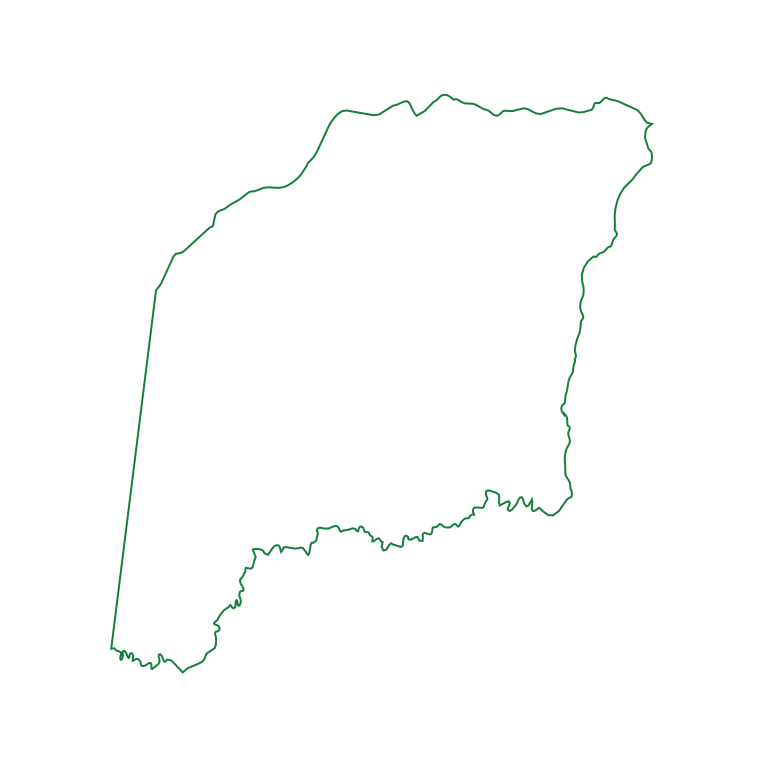 SVG path tracing the border of Vichada, rotated 7°
{"feature_id": "COL-1427", "entity_name": "Vichada", "entity_type": "Commissiary", "adm_level": 1, "iso_a3": "COL", "parent_name": "Colombia", "parent_adm1": "", "projection": "equal_earth", "projection_center": [-69.078, 4.548], "detail": "fine", "context": "isolated", "style": "outline", "palette": "green", "viewbox_px": 768, "rotation_deg": 7, "n_neighbors": 0, "source": "natural_earth", "source_scale": "10m", "svg_char_len": 6114}
<svg xmlns="http://www.w3.org/2000/svg" viewBox="0 0 768 768"><g transform="rotate(7 384 384)"><path d="M618.3,93.2L614.9,96.6L613.5,98.7L612.9,101.1L613.0,107.9L617.8,118.1L621.2,121.3L622.2,124.8L622.5,128.9L622.0,131.9L620.4,133.7L615.6,136.3L613.8,137.9L607.6,147.0L606.4,149.8L598.6,159.6L595.5,166.0L593.4,173.0L592.4,180.5L592.4,188.6L593.9,199.0L594.1,202.4L597.0,206.6L596.6,208.8L594.1,212.6L592.7,219.0L592.0,220.0L590.4,220.5L589.0,221.9L586.6,225.4L585.5,226.4L581.6,228.4L579.0,232.0L578.4,232.2L576.9,231.9L576.3,232.0L571.4,237.4L568.2,244.4L567.0,251.8L568.3,258.6L569.5,261.4L570.3,264.0L570.8,267.1L571.0,271.3L570.7,272.8L569.5,277.0L569.2,279.1L569.3,283.0L570.0,286.4L570.8,288.1L573.2,291.8L573.7,293.0L573.4,294.9L572.2,297.0L571.9,297.9L572.1,305.7L571.9,309.1L570.2,315.9L569.3,322.7L569.2,326.8L569.5,328.0L571.0,332.3L571.0,334.4L570.3,336.6L571.0,338.3L570.1,341.6L569.8,349.4L568.8,352.2L567.5,355.0L566.8,358.8L566.4,368.6L565.6,373.3L565.8,378.9L565.6,380.6L564.9,382.1L564.0,382.9L563.2,384.1L563.0,386.5L563.4,388.5L564.3,390.2L565.4,391.5L566.6,392.7L566.6,391.5L569.0,393.8L570.0,396.1L571.1,402.3L571.6,403.0L573.2,403.8L573.7,404.8L573.8,406.2L573.0,408.7L572.8,410.1L573.3,412.4L575.1,416.3L575.5,418.6L575.2,420.7L572.9,426.5L572.2,433.1L572.9,438.9L574.1,444.4L574.7,449.9L575.8,453.3L578.2,456.0L580.7,459.5L581.8,465.2L583.2,467.2L584.1,470.5L583.7,473.4L581.3,474.8L579.5,476.6L573.2,488.6L567.8,493.8L562.8,494.1L558.0,491.4L553.1,487.9L550.0,490.8L548.3,491.9L546.8,491.7L545.8,489.5L545.6,483.3L544.9,480.7L542.1,487.2L540.3,488.2L537.8,485.6L535.9,481.1L534.5,479.5L532.9,480.2L531.7,482.2L530.3,486.6L529.3,488.6L526.2,493.2L524.5,494.6L522.7,494.2L521.9,492.7L522.3,491.0L523.1,489.2L523.5,487.3L522.1,485.2L518.9,486.7L513.7,490.4L512.6,487.8L512.4,483.7L511.6,480.0L508.7,478.3L503.0,477.1L500.1,476.9L498.3,478.3L498.5,481.3L500.1,484.0L500.7,486.0L499.3,488.2L498.5,491.1L497.9,493.9L496.8,495.0L491.2,495.2L488.5,495.8L487.6,498.0L488.0,500.3L489.3,502.8L488.2,502.7L486.8,503.3L485.3,504.7L484.7,506.6L480.6,507.8L478.6,510.0L476.9,512.9L476.0,515.5L475.2,516.4L473.9,515.8L472.5,514.5L470.8,514.3L469.6,515.4L468.3,517.2L466.6,518.4L462.5,518.9L460.4,518.1L458.2,516.7L456.5,516.1L453.7,519.4L449.9,520.5L449.7,525.0L449.3,526.9L447.6,527.8L442.3,526.7L440.7,528.4L441.3,532.0L441.4,535.1L438.3,535.2L436.8,532.7L435.6,531.6L434.2,532.1L429.7,535.2L427.9,535.4L426.8,534.6L426.7,533.1L426.5,532.7L424.7,531.9L423.9,532.0L423.0,532.7L422.1,535.3L422.3,542.3L420.7,543.7L412.1,542.1L410.5,541.2L408.9,542.9L407.1,546.9L406.0,548.5L404.0,549.3L402.9,548.4L402.3,546.9L401.5,546.1L401.9,541.1L401.0,541.1L398.7,538.7L397.5,537.8L395.9,538.5L392.8,541.5L391.8,541.8L391.5,541.2L391.6,538.9L391.4,537.7L390.8,536.9L388.4,535.6L386.9,533.3L385.9,533.0L384.4,533.2L382.9,533.1L382.0,531.6L381.0,529.4L379.2,528.2L377.5,528.6L376.5,530.7L376.3,533.3L375.3,533.4L373.1,531.3L370.5,531.1L365.5,533.3L362.6,534.0L360.5,534.9L359.4,535.8L358.2,535.1L357.2,533.3L355.7,531.4L353.7,530.6L351.1,531.5L347.3,533.9L344.3,534.6L341.4,534.7L339.3,534.4L336.8,534.7L335.6,535.7L335.1,537.6L336.1,539.0L336.5,540.7L335.8,547.6L333.4,550.2L331.8,550.2L330.9,551.9L330.4,561.2L329.6,562.9L328.3,562.0L326.1,559.3L323.4,556.6L321.3,556.5L319.0,557.5L315.8,558.2L306.7,557.8L304.6,558.2L303.3,561.6L302.3,563.2L300.8,559.5L299.8,557.7L298.7,556.9L296.2,557.4L294.5,558.7L293.3,560.7L289.7,567.7L286.8,566.8L285.4,565.9L284.8,564.8L283.4,563.6L280.2,563.1L276.6,563.3L274.0,564.1L274.8,566.0L277.7,571.3L277.0,574.2L275.9,581.9L274.5,583.5L269.2,583.3L269.1,587.7L268.4,588.6L267.8,590.8L267.0,592.8L265.1,595.4L265.3,597.8L266.4,600.2L268.1,602.0L269.3,604.1L269.7,605.6L269.4,606.5L267.3,606.9L266.3,608.0L266.0,611.3L268.2,616.1L268.4,618.6L267.9,620.8L266.7,621.8L265.9,621.2L265.0,618.0L264.6,616.8L263.9,616.6L263.4,617.5L263.3,619.7L263.7,621.9L263.4,623.9L261.8,624.9L260.5,624.4L258.8,622.2L258.3,622.2L257.7,622.9L257.2,624.3L254.1,626.7L252.3,628.7L249.4,633.4L247.3,638.7L245.0,641.0L244.4,642.0L244.9,643.0L247.9,643.8L249.2,644.4L250.3,645.7L250.6,647.3L250.1,648.9L248.6,649.9L247.2,650.5L246.7,651.5L247.0,653.2L248.1,656.1L248.7,659.7L248.8,663.8L248.0,667.0L241.2,672.7L240.1,674.7L239.3,678.9L237.8,681.4L234.6,683.8L223.7,690.1L219.4,694.8L207.2,684.7L205.0,684.1L202.3,684.0L200.8,686.2L199.7,686.4L196.5,681.0L195.2,679.8L193.8,679.8L193.4,680.9L193.6,682.4L194.5,684.3L194.9,686.2L194.9,688.0L194.1,689.5L188.6,695.2L187.8,694.9L187.4,691.1L186.8,689.6L185.8,689.4L184.4,689.9L182.6,691.6L180.7,692.9L178.6,693.5L177.3,692.7L175.7,688.8L173.7,687.0L171.7,687.1L168.3,689.3L168.1,688.3L168.3,686.4L168.2,684.0L166.4,681.9L165.3,682.1L164.5,683.7L164.6,686.1L163.9,687.1L162.7,686.0L161.1,682.6L158.9,680.4L157.8,680.6L157.4,682.6L157.9,685.4L157.9,687.8L157.3,689.3L156.5,689.8L155.7,688.9L155.6,687.4L156.0,683.8L155.6,682.4L153.1,681.5L150.9,681.2L148.5,679.2L145.5,680.0L146.3,318.4L147.8,316.5L150.6,311.4L159.4,283.4L161.4,280.3L166.6,278.5L168.9,276.9L191.9,250.0L194.0,248.9L195.1,247.2L195.7,238.8L196.3,235.6L198.4,232.9L204.1,229.8L206.5,227.8L209.2,225.0L217.9,218.7L226.3,210.3L229.0,209.0L232.0,208.5L240.2,204.1L245.0,202.9L255.4,202.2L260.8,200.7L264.6,198.4L269.0,194.8L273.1,190.5L276.1,186.3L280.6,177.1L281.3,174.5L286.8,166.9L289.1,161.8L298.3,133.2L301.3,127.3L305.2,121.6L309.0,118.4L313.2,117.1L341.0,118.5L346.2,117.1L359.3,106.5L362.7,105.3L369.0,101.4L372.5,100.5L375.1,102.3L380.7,110.9L383.6,113.8L391.1,108.2L398.8,98.1L401.6,95.9L405.3,91.2L407.8,89.7L411.0,89.5L413.7,90.4L418.6,93.3L420.9,92.4L423.8,93.4L427.0,94.8L429.8,95.6L438.1,95.0L440.9,95.6L449.2,99.0L452.2,99.4L454.9,100.2L460.3,103.6L463.4,104.1L465.2,103.1L468.6,99.0L470.0,98.1L478.2,97.5L487.8,93.7L490.6,93.3L493.3,93.7L501.9,96.9L506.7,96.9L521.6,89.7L527.3,88.7L544.0,90.8L549.3,89.7L553.9,87.6L556.4,86.8L557.4,85.4L558.1,83.6L558.3,81.8L559.0,79.6L560.4,79.1L562.2,79.1L563.7,78.8L565.0,77.3L567.5,73.9L569.0,72.9L570.2,72.8L572.5,73.7L581.6,74.8L602.1,81.2L605.9,84.4L609.4,88.9L613.0,92.6L618.3,93.2Z" fill="none" stroke="#15803d" stroke-width="2"/></g></svg>